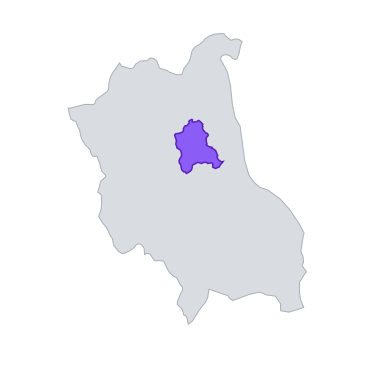 where Lovech sits in Bulgaria, rotated 71°
{"feature_id": "BGR-2247", "entity_name": "Lovech", "entity_type": "Province", "adm_level": 1, "iso_a3": "BGR", "parent_name": "Bulgaria", "parent_adm1": "", "projection": "albers", "projection_center": [24.557, 43.037], "detail": "fine", "context": "in_parent", "style": "filled", "palette": "violet", "viewbox_px": 384, "rotation_deg": 71, "n_neighbors": 0, "source": "natural_earth", "source_scale": "10m", "svg_char_len": 3577}
<svg xmlns="http://www.w3.org/2000/svg" viewBox="0 0 384 384"><g transform="rotate(71 192 192)"><path d="M315.8,238.6L309.4,237.7L307.1,238.1L305.7,239.8L302.7,239.6L299.0,239.7L295.2,241.7L293.1,242.5L290.2,241.0L284.7,236.1L281.4,232.8L278.9,232.0L276.5,233.1L267.9,234.5L266.0,236.6L262.0,239.0L258.0,240.1L252.3,241.0L249.3,241.0L247.6,242.1L246.2,245.5L245.3,248.7L244.5,250.0L237.3,251.8L235.8,253.6L235.4,255.4L235.6,257.2L229.8,255.6L225.4,256.9L224.3,258.2L223.4,260.2L224.0,262.4L225.7,264.4L227.3,269.9L228.0,275.4L227.1,278.6L223.8,280.9L217.0,283.5L210.3,282.4L207.4,283.4L202.5,283.8L197.9,284.5L191.0,286.9L184.7,288.3L179.0,283.7L172.2,280.6L165.2,278.7L162.7,280.1L161.7,281.2L155.8,277.1L153.1,275.6L151.8,274.1L149.4,268.6L147.9,268.4L143.1,270.5L138.4,270.4L135.6,270.0L127.2,270.2L126.1,273.9L125.0,274.5L123.2,274.9L118.8,274.7L113.1,277.4L106.9,279.0L102.2,279.0L97.2,278.1L94.3,278.6L87.9,278.9L83.8,282.8L77.6,282.5L72.3,281.7L73.0,280.4L74.3,264.5L77.1,257.4L77.0,255.9L76.5,254.8L74.2,253.6L72.6,249.8L69.4,239.5L67.5,237.4L62.1,235.2L57.4,232.2L53.5,228.2L46.4,218.5L50.2,217.6L51.3,215.7L55.1,210.6L55.6,208.0L55.3,206.5L52.9,204.0L51.3,198.4L52.7,193.3L52.9,190.7L51.7,188.0L53.1,184.8L55.8,183.1L57.4,182.6L64.4,182.4L68.9,176.0L71.6,174.0L74.4,170.3L75.7,169.0L77.0,166.1L77.5,163.2L72.1,159.0L70.3,155.8L67.9,152.4L64.7,149.9L58.2,145.7L55.7,141.5L54.7,136.2L53.0,132.1L51.2,129.4L50.8,127.2L50.1,124.6L50.0,119.4L51.8,112.6L52.8,110.2L55.1,109.6L61.1,106.0L61.5,101.3L62.6,98.5L64.5,96.8L66.3,95.7L69.4,98.5L77.2,103.0L80.9,106.3L80.7,108.2L78.9,110.1L75.4,112.0L73.4,114.5L72.8,117.6L73.2,119.8L75.6,121.8L89.7,119.5L104.0,121.0L123.2,125.5L136.0,127.0L145.4,125.1L162.9,128.6L179.1,131.9L194.8,132.7L203.5,130.0L209.6,126.4L214.8,119.7L227.6,110.7L240.1,105.5L256.5,101.1L267.5,99.4L269.0,100.7L283.3,108.3L289.6,108.1L294.7,109.4L296.6,111.4L297.9,111.9L304.5,109.7L307.7,114.0L312.6,119.9L320.7,122.7L327.8,124.2L330.1,124.4L337.6,123.9L337.2,139.4L333.1,146.8L326.2,144.7L317.6,147.1L313.4,155.4L310.9,157.9L308.6,160.9L307.5,171.5L307.9,188.9L304.6,191.1L301.6,191.9L289.5,207.6L297.0,211.6L300.3,214.8L306.1,223.6L314.1,233.6L315.8,238.6Z" fill="#d9dde1" stroke="#a8b0b8" stroke-width="1"/><path d="M160.4,194.5L158.2,194.1L156.3,192.4L154.7,190.3L152.6,189.5L150.3,189.2L148.6,189.3L145.6,191.8L143.7,191.6L142.2,191.8L140.7,191.4L139.6,190.7L138.5,190.0L132.5,189.9L131.6,188.5L132.2,185.9L132.3,183.8L132.2,181.7L131.2,180.0L129.4,179.6L128.2,178.4L127.2,177.2L127.6,175.9L127.3,174.6L126.7,173.9L126.3,172.9L125.5,172.0L124.1,172.0L123.5,170.3L123.3,168.5L124.0,168.0L124.8,168.7L126.0,168.8L126.5,167.3L126.9,164.8L126.5,162.3L129.0,160.8L131.5,159.7L132.6,160.7L133.6,160.4L135.0,161.2L136.2,161.4L137.4,161.1L138.7,160.5L140.0,160.2L140.8,159.2L141.8,158.4L142.7,158.1L143.6,158.1L144.4,159.0L145.0,160.3L145.9,161.1L149.3,162.1L151.6,162.2L151.9,162.6L152.1,163.1L152.8,162.8L154.4,161.4L155.3,160.3L155.7,159.4L156.2,158.6L156.7,159.3L157.2,159.0L157.9,158.0L160.4,156.2L163.2,156.0L164.3,156.1L166.0,155.8L167.1,157.0L168.3,157.0L169.6,156.6L171.0,156.0L172.2,155.1L173.0,154.3L173.3,152.6L174.2,153.9L175.4,156.3L177.1,157.9L177.4,162.1L175.3,164.3L173.4,163.6L171.2,163.3L170.5,165.3L170.2,167.8L168.4,169.1L167.8,171.7L168.2,173.7L165.8,176.8L166.3,179.6L166.5,180.5L166.4,181.5L166.6,182.3L167.1,183.0L169.1,184.0L171.0,185.3L172.2,188.2L172.6,191.3L171.1,191.7L170.6,192.3L170.5,193.0L168.5,194.2L166.4,194.5L164.0,193.9L161.5,193.9L161.1,194.4L160.4,194.5Z" fill="#8b5cf6" stroke="#5b21b6" stroke-width="1.5"/></g></svg>